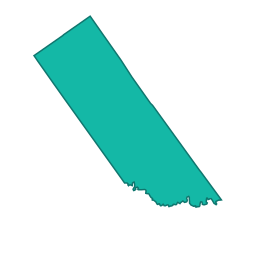 outline of Kane, Utah, United States of America, rotated 54°
{"feature_id": "52423323B18602479279473", "entity_name": "Kane", "entity_type": "district", "adm_level": 2, "iso_a3": "USA", "parent_name": "United States of America", "parent_adm1": "Utah", "projection": "orthographic", "projection_center": [-111.142, 37.272], "detail": "fine", "context": "isolated", "style": "filled", "palette": "teal", "viewbox_px": 256, "rotation_deg": 54, "n_neighbors": 0, "source": "geoboundaries", "source_scale": "gbopen_adm2", "svg_char_len": 2072}
<svg xmlns="http://www.w3.org/2000/svg" viewBox="0 0 256 256"><g transform="rotate(54 128 128)"><path d="M50.6,162.1L67.7,162.3L68.9,162.3L164.2,163.0L164.9,163.0L170.5,163.1L171.9,161.1L173.3,160.8L173.9,161.5L175.0,161.5L174.9,160.5L175.6,159.3L176.5,158.9L177.1,158.4L176.1,157.7L175.1,156.6L175.1,155.4L175.4,154.8L176.5,155.3L177.4,155.8L179.3,157.0L180.2,159.3L180.5,159.9L181.9,160.2L182.3,159.2L182.1,157.7L181.7,157.6L180.8,157.0L181.0,156.1L181.4,155.1L182.7,155.0L183.0,155.7L183.5,156.1L183.9,156.0L185.8,153.5L187.5,150.7L188.4,150.1L189.6,150.3L190.2,151.1L191.3,152.0L192.6,150.9L192.9,150.2L194.1,149.8L195.2,150.1L197.6,150.2L198.4,150.0L199.4,149.6L199.8,150.2L200.6,150.7L201.4,149.7L204.1,148.9L205.7,149.1L206.7,149.2L207.4,148.8L207.5,147.9L207.4,147.5L207.8,147.1L208.4,147.2L209.0,147.4L210.0,147.4L210.5,146.5L210.5,145.5L210.3,144.4L211.4,144.3L211.9,144.5L212.8,143.7L213.1,142.3L213.3,141.4L214.1,140.7L214.9,140.9L215.6,141.1L216.0,140.3L216.0,139.6L216.7,138.5L216.9,137.1L216.4,136.4L216.8,135.5L217.7,135.0L218.3,134.1L218.2,133.3L217.7,132.6L217.4,131.4L217.9,131.2L218.8,130.9L219.7,130.4L219.3,129.3L219.3,126.5L221.4,126.0L222.2,124.0L221.7,122.9L220.8,122.3L219.3,121.9L218.6,120.7L219.0,119.1L220.2,119.2L222.0,120.5L223.5,121.3L225.0,122.4L227.4,122.3L228.9,121.4L229.7,121.1L230.3,120.3L230.3,119.4L231.2,119.0L231.7,119.6L232.4,118.8L232.6,117.6L233.4,116.9L233.2,115.6L232.4,115.0L231.6,114.2L230.6,112.9L230.5,112.3L231.3,111.7L232.2,112.0L233.5,112.7L234.7,111.8L235.1,111.1L235.5,109.8L235.8,109.0L235.2,107.9L233.8,108.2L232.1,106.8L231.1,105.7L231.0,105.4L231.4,105.0L232.2,105.1L232.9,105.3L233.3,104.3L233.3,103.5L234.0,102.3L236.2,102.3L239.6,102.7L241.1,102.0L241.8,101.8L241.6,101.0L240.9,100.7L239.8,100.7L239.1,100.1L239.2,99.5L239.6,97.1L240.7,95.5L241.1,94.7L205.7,94.9L204.5,95.0L124.1,94.8L121.3,95.3L89.0,94.9L69.4,93.8L37.1,93.3L15.3,92.9L15.2,98.4L14.7,125.6L14.9,126.0L14.2,161.5L21.3,161.7L43.4,162.0L48.6,162.1L50.0,162.1L50.4,162.1L50.6,162.1Z" fill="#14b8a6" stroke="#0f766e" stroke-width="1.5"/></g></svg>